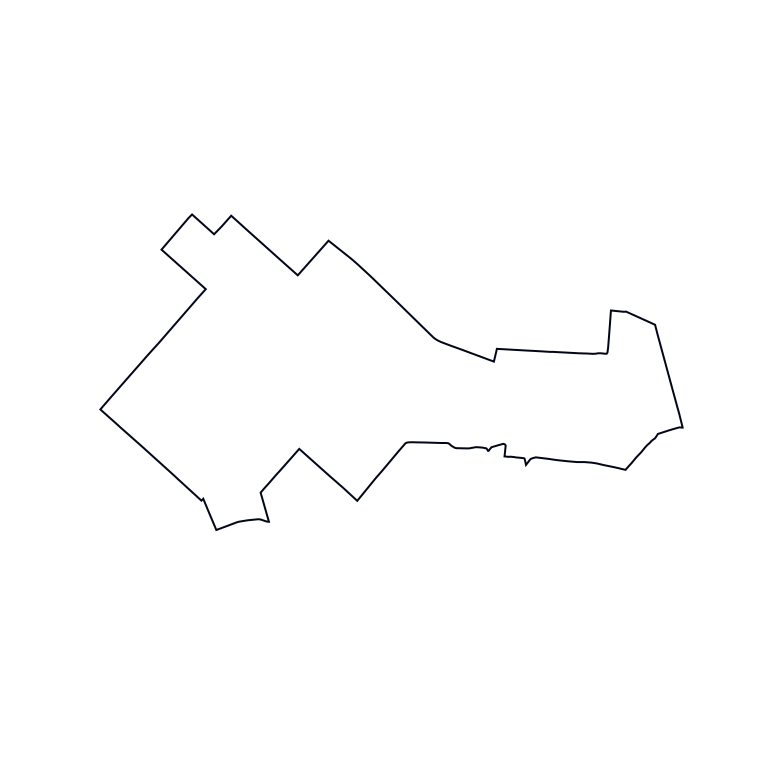 outline of Luica, Calarasi, Romania, rotated 220°
{"feature_id": "2599482B3478355061153", "entity_name": "Luica", "entity_type": "district", "adm_level": 2, "iso_a3": "ROU", "parent_name": "Romania", "parent_adm1": "Calarasi", "projection": "mercator", "projection_center": [26.612, 44.255], "detail": "fine", "context": "isolated", "style": "outline", "palette": "ink", "viewbox_px": 768, "rotation_deg": 220, "n_neighbors": 0, "source": "geoboundaries", "source_scale": "gbopen_adm2", "svg_char_len": 2926}
<svg xmlns="http://www.w3.org/2000/svg" viewBox="0 0 768 768"><g transform="rotate(220 384 384)"><path d="M518.6,458.1L519.9,411.8L543.7,412.5L549.8,412.7L587.5,413.9L609.2,414.7L609.6,400.5L610.4,389.5L625.2,390.0L640.0,390.5L640.1,389.7L640.3,386.6L640.3,386.4L640.4,385.9L640.8,343.9L581.5,342.1L581.9,330.2L582.9,269.8L583.2,263.0L583.6,251.2L583.6,248.9L583.9,236.3L584.1,227.5L584.7,198.8L584.9,186.2L584.9,183.7L584.9,182.2L582.6,182.1L565.5,181.6L557.6,181.3L526.9,180.5L525.0,180.4L486.6,179.0L481.3,178.7L448.9,177.3L448.7,179.9L431.9,171.2L418.6,164.4L407.8,183.5L406.5,185.4L400.7,192.1L393.3,199.7L391.4,200.9L385.3,203.3L383.6,204.5L387.6,207.2L408.7,221.5L408.6,228.3L408.4,232.9L408.3,239.4L408.2,244.4L408.1,247.1L408.0,249.0L407.6,263.5L407.2,279.8L368.3,278.6L348.8,278.2L329.4,277.3L329.8,307.0L329.6,316.5L329.6,329.5L329.6,335.7L329.6,342.0L329.5,348.2L329.5,351.1L329.4,352.1L329.4,352.5L329.1,353.2L328.2,354.5L326.5,356.2L324.4,358.0L322.2,359.7L314.9,365.6L303.1,374.9L298.4,378.8L296.6,380.0L294.4,380.1L293.8,380.0L293.3,380.0L292.0,380.1L290.1,380.4L289.2,380.6L288.6,380.7L287.7,381.2L287.2,381.5L286.8,381.7L285.3,383.0L281.0,386.4L280.3,387.0L279.7,387.4L277.0,389.8L275.9,391.3L275.3,391.9L274.8,392.5L274.0,393.5L273.2,394.5L270.5,396.6L267.9,398.4L267.3,398.8L265.7,399.6L265.1,400.0L264.6,400.3L264.4,400.4L263.7,400.4L262.6,400.1L261.8,399.8L261.4,399.6L261.0,399.9L260.9,400.2L261.0,402.0L261.0,404.7L256.8,411.0L254.2,414.8L252.9,415.4L252.1,415.4L251.1,414.9L245.1,406.0L241.4,408.5L240.8,409.3L238.8,410.7L236.3,412.3L235.7,412.6L233.1,414.4L231.4,415.6L229.7,416.7L228.9,417.2L228.4,417.2L226.2,415.6L224.0,413.9L223.2,413.3L223.3,415.2L223.3,415.5L223.5,419.7L223.5,420.2L223.3,421.3L222.9,421.9L222.5,422.6L220.5,425.5L220.1,425.7L209.5,432.6L206.4,434.5L203.3,436.4L197.9,440.0L193.6,442.9L191.5,444.4L186.2,448.1L180.6,452.8L174.4,457.2L169.8,460.0L163.8,463.0L153.7,468.5L151.9,469.4L150.2,470.3L145.7,472.5L143.8,473.5L143.7,478.6L143.5,482.8L143.6,489.4L143.3,494.0L143.1,497.0L143.2,503.3L143.1,506.0L142.5,510.0L142.5,512.1L142.1,514.1L141.8,515.5L141.5,516.4L141.5,517.0L141.7,518.9L141.8,520.1L142.0,521.1L142.1,521.8L140.6,524.1L138.0,528.3L136.8,530.2L136.0,531.5L134.3,534.1L131.8,537.8L130.7,539.4L129.9,540.5L129.4,541.0L127.2,542.5L127.5,542.8L131.2,545.5L136.6,549.4L138.5,550.8L141.7,553.0L144.8,555.1L160.8,566.2L206.6,598.0L214.4,603.6L245.2,595.0L246.5,593.6L248.7,592.1L257.4,586.2L247.9,573.0L235.8,556.1L233.1,551.8L232.9,550.9L232.9,550.3L234.2,549.2L236.4,547.8L238.3,546.4L239.9,545.0L240.9,543.7L243.2,541.5L247.6,538.2L251.4,535.2L253.0,534.0L253.4,533.6L275.9,516.7L277.2,515.5L283.2,511.1L289.1,506.7L296.4,501.2L320.1,483.5L314.2,471.8L346.7,460.2L358.2,456.0L367.3,452.8L370.4,452.0L373.4,451.5L376.2,451.4L393.4,452.7L431.5,455.6L463.9,457.9L480.8,458.7L488.7,458.9L503.7,458.5L518.6,458.1Z" fill="none" stroke="#020617" stroke-width="2"/></g></svg>